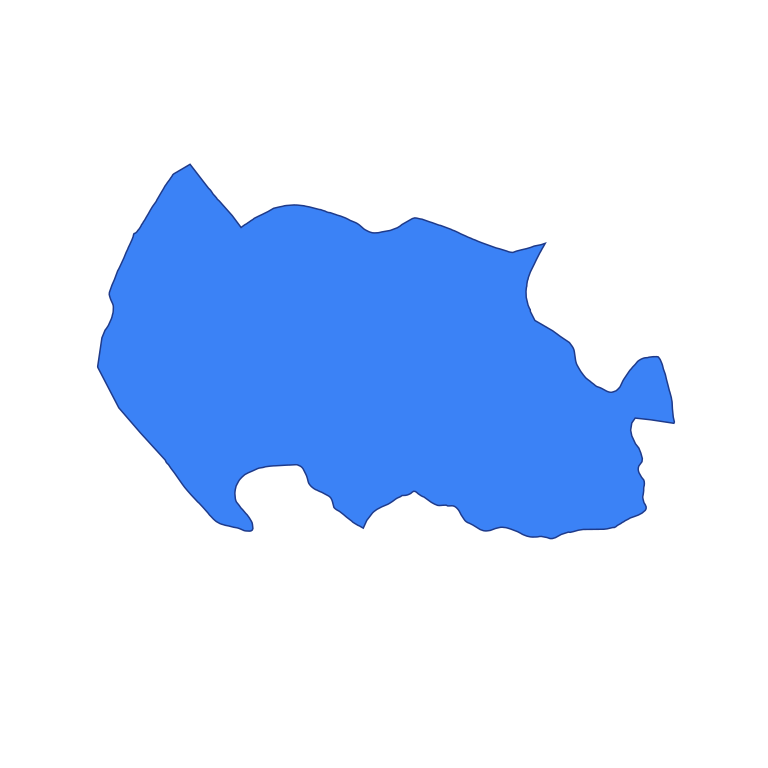 Qa'tabah, Al Dali', Yemen (Albers equal-area conic projection), rotated 201°
{"feature_id": "15242507B41801613427967", "entity_name": "Qa'tabah", "entity_type": "district", "adm_level": 2, "iso_a3": "YEM", "parent_name": "Yemen", "parent_adm1": "Al Dali'", "projection": "albers", "projection_center": [44.626, 13.929], "detail": "fine", "context": "isolated", "style": "filled", "palette": "blue", "viewbox_px": 768, "rotation_deg": 201, "n_neighbors": 0, "source": "geoboundaries", "source_scale": "gbopen_adm2", "svg_char_len": 6162}
<svg xmlns="http://www.w3.org/2000/svg" viewBox="0 0 768 768"><g transform="rotate(201 384 384)"><path d="M117.5,332.6L116.3,334.0L115.5,335.5L114.3,337.0L113.0,338.5L112.1,339.9L110.8,341.4L109.8,342.9L107.6,345.3L106.0,347.3L102.9,349.9L99.6,352.8L96.8,356.0L94.8,359.7L94.6,361.4L95.2,363.2L96.8,364.9L98.8,366.4L101.0,369.5L102.0,371.2L102.5,374.1L102.9,375.8L103.4,377.7L104.0,379.2L104.5,380.9L104.7,382.6L105.2,384.3L106.1,386.2L107.1,387.5L110.2,389.3L113.0,391.6L114.3,392.7L115.3,394.0L116.1,395.4L116.6,397.2L116.7,398.9L115.3,403.9L116.1,407.0L119.5,411.6L123.1,415.5L127.8,418.3L134.1,424.4L137.2,429.3L138.7,436.4L137.3,442.2L122.1,446.2L99.3,451.2L99.3,452.6L101.5,455.9L102.1,456.8L105.9,464.3L108.1,469.3L108.8,470.8L110.0,472.7L110.9,474.3L114.1,478.7L115.1,479.9L118.4,484.6L122.0,489.6L124.0,492.6L124.9,493.9L128.6,498.2L130.8,501.4L131.9,502.7L134.8,505.7L136.2,506.7L137.8,507.6L139.4,507.2L142.6,505.9L146.2,504.0L147.5,503.0L149.1,502.3L150.5,501.5L151.8,500.4L153.0,499.2L154.2,497.7L155.3,496.0L156.5,492.3L158.0,488.8L158.5,487.1L159.3,485.1L159.8,483.2L161.8,474.5L162.1,472.7L162.6,466.0L163.3,464.1L164.0,462.5L164.9,460.8L167.1,458.9L168.4,457.9L170.0,457.3L171.7,457.1L173.4,457.1L179.3,457.9L180.9,458.0L184.6,457.9L186.2,458.3L187.8,458.9L190.9,459.8L192.5,460.4L195.7,461.3L198.0,462.1L199.4,462.9L201.0,463.8L204.6,466.1L207.3,468.2L210.2,470.6L211.4,471.7L212.6,473.2L213.6,474.7L217.4,481.5L218.2,482.9L219.2,484.3L220.4,485.5L221.8,486.6L225.7,489.1L236.8,491.7L245.5,494.1L265.9,497.4L273.2,504.0L274.2,505.9L275.4,506.8L277.8,509.3L282.3,515.9L283.1,517.8L284.6,521.3L285.6,524.9L285.8,526.6L286.4,528.4L287.1,531.8L287.1,533.5L287.4,535.1L287.5,541.0L286.6,550.8L286.3,554.7L285.5,562.3L285.2,564.0L284.8,567.3L284.5,568.9L283.9,573.1L287.3,570.3L293.2,566.6L296.1,564.0L299.5,561.4L303.8,558.5L308.0,555.5L310.8,553.0L313.0,552.4L314.9,552.1L317.2,552.1L324.7,551.6L328.1,551.2L343.1,550.9L347.2,550.9L350.6,551.1L353.1,551.0L354.7,551.2L358.5,551.2L360.4,551.4L366.5,551.7L368.9,552.0L373.2,552.3L375.1,552.2L376.7,552.4L388.0,552.3L389.6,552.0L396.7,551.9L399.8,551.7L407.6,551.5L409.3,551.1L412.9,550.6L414.8,550.1L416.8,548.6L424.4,539.3L425.6,537.2L427.5,534.7L433.2,529.6L440.7,525.1L442.1,524.1L443.7,523.1L447.1,521.6L449.1,521.0L451.3,520.8L452.9,520.8L456.7,521.2L458.5,521.6L460.6,522.4L463.9,523.6L465.8,524.1L467.5,524.4L469.3,524.5L474.3,524.6L476.2,524.9L479.5,525.2L484.8,525.2L488.3,524.9L490.1,524.9L491.7,524.8L495.5,524.7L497.4,524.2L499.2,524.1L501.1,524.3L503.4,524.1L505.5,524.1L507.2,523.7L517.0,522.6L520.8,521.9L522.6,521.7L529.0,520.0L532.2,518.9L539.2,515.6L540.8,514.7L542.3,513.6L545.6,511.5L550.0,508.5L554.0,503.5L557.6,499.6L558.7,498.4L561.1,495.9L564.5,492.2L565.3,490.7L566.7,488.9L567.7,487.3L568.8,485.8L569.8,484.2L570.9,483.0L572.8,480.1L573.5,478.9L586.0,486.8L603.5,495.9L605.9,496.8L606.9,497.6L608.5,498.5L611.7,500.1L614.4,502.1L615.9,503.0L618.0,503.9L643.8,519.6L655.4,505.1L656.2,503.6L656.4,501.9L657.0,499.8L657.4,497.8L658.4,494.5L658.8,492.6L659.4,490.4L659.9,486.9L660.6,483.0L661.6,476.8L662.0,474.5L662.1,472.8L663.7,466.8L664.4,462.9L665.0,458.6L665.7,454.7L666.2,451.2L666.7,449.4L666.9,447.6L667.4,445.9L667.5,444.2L667.8,442.6L668.2,440.9L668.8,439.3L669.2,437.6L670.0,436.0L671.3,434.8L671.3,433.4L671.0,431.7L671.0,428.3L671.1,426.7L671.3,423.3L671.6,419.9L671.6,418.1L671.9,414.4L672.0,408.6L672.6,399.4L672.9,396.1L673.2,394.3L673.1,384.9L673.2,382.9L673.4,378.7L673.3,375.1L673.2,371.2L672.6,369.1L671.5,367.5L669.9,365.5L668.7,364.2L666.2,361.8L665.1,360.5L664.3,359.0L663.6,357.0L662.9,355.0L662.5,353.4L662.3,351.2L662.0,349.2L661.9,347.3L662.1,343.5L662.3,339.9L663.0,336.6L663.7,334.3L663.9,326.0L657.6,297.8L657.1,296.9L623.0,266.7L594.1,251.2L561.0,234.6L559.4,233.0L557.9,232.1L556.3,231.5L552.8,229.0L547.8,225.9L536.4,218.2L533.1,216.1L529.5,214.1L524.2,211.3L517.4,208.0L515.8,207.2L513.9,206.5L509.0,204.1L502.1,200.5L500.0,199.2L498.2,198.4L494.9,196.8L493.1,196.1L491.3,195.5L487.3,194.9L485.7,194.9L483.4,195.1L481.6,195.2L478.2,195.8L473.0,196.4L469.5,197.1L467.9,197.2L466.1,197.2L462.0,197.0L460.4,197.3L457.0,198.4L455.6,199.1L454.6,200.5L454.6,202.1L456.5,205.8L457.5,207.3L458.7,208.4L461.9,210.9L465.0,212.9L466.6,213.6L470.9,216.0L473.1,217.0L476.1,219.0L479.4,220.9L480.5,222.0L481.6,223.5L482.5,225.3L484.0,228.4L484.5,230.0L485.0,232.2L485.5,235.7L485.3,237.7L485.1,239.3L484.9,241.1L484.5,242.9L483.9,244.5L483.2,246.2L481.5,249.5L478.9,252.5L475.8,255.5L471.7,259.7L470.4,260.8L466.9,262.8L465.1,264.2L461.1,266.4L457.8,268.0L455.9,268.8L445.3,273.6L443.1,274.5L437.8,276.9L436.1,277.5L432.4,277.3L430.6,276.7L429.1,275.8L424.6,271.7L423.2,270.3L421.7,268.4L419.6,265.4L418.5,264.2L417.0,263.2L415.3,262.3L413.6,261.7L411.8,261.2L410.1,260.9L408.5,260.9L406.9,260.7L405.0,260.6L403.3,260.6L399.5,260.1L395.5,259.6L393.9,259.1L392.5,258.3L391.0,256.9L390.0,255.7L386.5,250.8L385.0,250.1L383.3,249.6L379.8,249.1L374.9,247.6L371.3,246.3L365.2,244.5L363.5,243.8L361.6,243.4L357.5,242.7L355.9,242.7L355.1,242.5L351.7,242.0L351.2,250.5L348.5,259.6L347.6,261.4L345.6,264.5L342.1,268.5L337.2,273.2L335.9,274.8L333.8,277.7L331.8,280.9L330.7,282.3L328.1,284.9L327.3,286.3L324.1,287.7L322.4,288.8L321.1,290.0L319.8,291.4L319.0,293.0L318.0,294.4L316.4,294.9L314.6,294.5L312.8,293.8L309.4,293.0L307.7,292.8L306.1,292.8L297.5,290.5L293.9,290.0L290.6,289.9L289.0,290.3L287.4,291.0L285.8,291.8L282.5,293.2L280.8,293.0L279.3,293.6L277.4,294.5L275.8,295.0L274.1,295.0L272.4,294.6L270.8,293.9L269.4,293.1L268.0,292.1L265.0,289.4L260.8,286.4L259.4,285.5L257.8,284.9L256.1,284.6L254.3,284.6L250.5,284.2L242.0,282.6L238.6,282.7L236.9,283.1L235.4,283.7L233.7,284.6L232.3,285.4L228.1,289.1L225.2,291.1L223.8,292.0L222.1,292.7L220.5,293.1L218.7,293.6L216.9,293.8L213.5,294.0L208.1,294.0L206.3,294.0L202.9,293.6L201.3,293.3L199.7,293.2L196.0,293.2L192.7,293.7L190.9,294.2L187.6,295.5L185.7,296.4L184.1,297.4L182.4,298.1L176.8,299.1L173.6,299.2L171.5,300.0L168.9,302.0L164.6,307.1L158.8,311.8L157.1,312.2L154.4,314.0L150.1,317.2L145.9,319.6L126.7,327.2L123.7,328.8L119.0,332.0L117.5,332.6Z" fill="#3b82f6" stroke="#1e3a8a" stroke-width="1.5"/></g></svg>